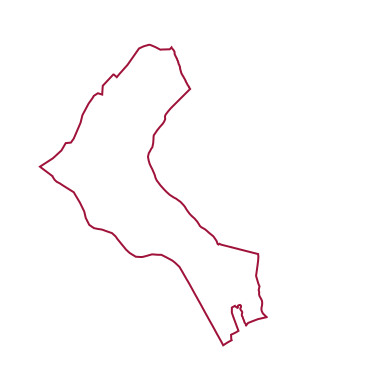 Barito Selatan, Kalimantan Tengah, Indonesia, rotated 309°
{"feature_id": "22746128B74191069780867", "entity_name": "Barito Selatan", "entity_type": "district", "adm_level": 2, "iso_a3": "IDN", "parent_name": "Indonesia", "parent_adm1": "Kalimantan Tengah", "projection": "albers", "projection_center": [115.007, -1.964], "detail": "fine", "context": "isolated", "style": "outline", "palette": "rose", "viewbox_px": 384, "rotation_deg": 309, "n_neighbors": 0, "source": "geoboundaries", "source_scale": "gbopen_adm2", "svg_char_len": 5312}
<svg xmlns="http://www.w3.org/2000/svg" viewBox="0 0 384 384"><g transform="rotate(309 192 192)"><path d="M156.0,307.6L156.6,307.1L157.0,306.6L157.4,306.0L157.6,305.6L157.8,305.5L161.2,303.8L162.0,302.1L162.9,300.7L167.1,294.6L174.9,289.9L177.2,288.5L180.4,286.5L183.5,284.3L185.4,282.4L184.9,281.4L169.7,248.4L169.5,247.9L169.3,247.4L169.0,245.9L167.8,245.6L167.8,244.5L169.4,241.9L170.1,239.6L170.7,237.6L171.0,236.3L171.0,231.1L171.2,227.4L171.2,225.6L170.7,222.6L170.5,221.4L170.6,219.4L171.2,218.0L171.7,216.4L172.2,215.0L172.4,213.9L173.0,210.7L173.2,206.5L173.6,203.7L174.4,200.6L175.1,198.3L175.8,196.5L176.3,194.8L176.7,192.2L177.1,189.3L177.0,187.9L176.8,183.8L176.3,181.5L175.8,176.7L175.8,176.0L175.9,174.3L176.0,172.4L176.4,168.9L176.7,166.9L177.3,163.3L177.9,160.9L178.8,157.3L180.1,154.6L181.5,152.8L182.9,150.3L183.8,148.5L184.7,146.8L185.7,144.5L187.2,141.4L189.2,138.5L191.7,135.6L195.0,134.0L197.1,133.7L200.0,133.1L201.9,133.0L203.8,132.0L205.7,131.0L207.4,129.8L209.4,128.4L210.7,127.4L212.0,126.6L215.1,126.4L218.1,126.1L222.7,126.1L226.0,126.3L227.2,126.3L229.4,126.0L231.8,125.3L233.7,123.4L235.7,122.8L240.3,122.7L243.7,122.8L246.6,123.1L251.3,123.6L270.9,125.7L271.0,125.3L271.2,124.8L271.3,124.3L271.5,124.0L271.5,123.8L271.7,123.7L271.8,123.5L271.9,123.3L272.0,122.8L272.2,122.2L272.3,121.8L272.4,121.4L272.5,121.0L272.6,120.9L272.8,120.5L273.0,120.1L273.2,119.8L273.2,119.6L273.3,119.3L273.4,118.9L273.6,118.5L273.8,118.1L274.0,117.8L274.0,117.6L274.2,117.4L274.3,117.3L274.3,117.1L274.4,116.9L274.5,116.7L274.7,116.4L274.8,116.2L274.9,115.9L275.1,115.6L275.2,115.3L275.3,115.0L275.3,114.9L275.4,114.7L275.6,114.2L275.8,113.5L275.9,113.3L276.1,113.0L276.3,112.6L276.4,112.4L276.4,112.1L276.5,111.9L276.5,111.5L276.6,111.3L276.8,111.0L276.9,110.8L277.0,110.7L277.2,110.2L277.2,109.9L277.3,109.7L277.5,109.3L277.5,109.2L277.8,108.8L277.9,108.6L278.0,108.4L278.2,108.2L278.3,108.0L278.4,107.8L278.6,107.7L278.7,107.4L278.9,107.2L279.0,107.0L279.3,106.6L279.5,106.4L279.6,106.2L279.8,106.0L279.9,105.9L280.0,105.6L280.2,105.3L280.4,105.2L280.5,105.1L280.6,104.9L280.8,104.7L281.1,104.5L281.2,104.4L281.4,104.2L281.5,104.0L281.7,103.7L281.9,103.6L282.0,103.3L282.0,103.2L282.2,102.9L282.5,102.5L282.6,102.3L282.7,102.1L282.8,101.9L282.8,101.7L282.9,101.4L283.1,101.1L283.2,100.9L283.4,100.7L283.5,100.5L283.6,100.4L283.8,100.2L284.1,99.6L284.4,99.4L284.6,99.1L284.7,98.9L284.8,98.8L284.9,98.7L285.0,98.5L285.1,98.1L285.2,97.9L285.2,97.7L285.3,97.6L285.4,97.4L285.6,97.2L285.8,96.9L286.0,96.7L286.1,96.4L286.1,96.2L286.3,96.0L286.3,95.9L287.5,93.2L288.4,91.5L289.9,90.3L290.1,89.8L290.4,89.1L290.6,88.6L290.9,87.0L291.2,85.6L291.5,85.1L288.9,84.9L283.4,78.5L282.7,77.9L281.6,72.4L280.0,66.9L279.3,65.9L274.7,62.7L270.2,60.5L250.1,61.9L237.8,61.3L233.9,61.3L234.0,59.8L234.1,57.4L233.8,56.9L218.4,55.8L214.4,58.6L211.2,60.9L209.5,56.7L204.9,55.2L202.5,55.6L195.7,56.0L182.7,58.5L180.6,59.5L175.7,61.8L169.7,63.5L159.1,66.5L154.2,66.8L150.5,63.1L142.1,64.4L130.7,62.7L116.0,57.9L116.0,59.8L116.1,62.2L116.5,73.4L116.4,73.4L115.0,77.6L114.8,80.4L115.5,83.8L115.8,87.1L117.4,100.3L117.2,100.8L116.2,103.4L114.6,107.8L113.1,111.8L109.7,119.1L109.0,120.6L105.0,125.7L101.8,132.8L102.2,138.5L104.0,142.0L106.0,145.4L106.2,145.9L106.4,146.4L107.4,149.3L109.3,154.6L109.7,155.6L109.4,160.6L108.5,163.7L105.7,177.1L105.6,178.8L105.4,181.9L105.8,185.3L106.1,187.2L106.3,189.0L106.8,189.7L109.0,192.8L110.2,194.3L112.9,196.3L114.4,197.4L116.6,198.9L118.4,200.2L119.4,201.6L121.6,204.8L123.9,207.7L124.0,208.2L124.5,210.4L125.3,214.3L125.8,216.9L126.3,219.7L126.4,222.6L126.4,223.3L125.9,229.4L123.5,235.8L121.8,240.1L121.3,241.5L120.7,242.9L120.2,244.4L118.9,247.8L113.8,260.3L113.5,261.1L111.4,266.3L110.3,269.1L107.2,276.6L102.9,287.2L100.9,292.3L97.3,301.0L96.2,303.8L95.4,305.7L94.2,308.8L92.5,312.7L93.1,312.9L97.4,314.3L101.8,316.1L102.3,315.2L105.6,312.2L106.4,312.5L108.1,313.4L111.1,314.7L112.5,315.2L113.3,315.5L113.5,315.2L121.1,302.4L122.5,300.2L123.3,298.9L127.3,295.7L130.5,297.0L130.3,297.5L130.3,297.9L130.4,298.3L130.5,299.9L130.6,300.3L130.9,300.4L131.2,300.3L131.5,300.1L131.8,299.8L132.2,299.4L132.4,299.3L132.7,299.3L132.9,299.4L134.0,300.0L134.4,300.3L134.5,300.7L134.5,301.1L134.4,301.6L134.2,301.9L133.8,302.2L133.4,302.5L133.0,302.6L132.4,302.7L132.0,302.8L131.6,303.0L131.4,303.2L131.3,303.5L131.1,304.0L130.9,304.6L130.7,305.3L130.7,305.5L130.6,306.1L130.2,306.7L129.9,306.9L129.0,307.4L128.5,307.6L127.8,308.1L127.4,308.5L127.1,308.9L127.0,309.1L127.0,309.3L127.0,309.5L126.9,309.7L126.7,310.2L126.5,310.4L126.2,310.7L126.0,311.0L125.8,311.4L125.5,312.0L125.1,312.7L124.8,313.3L124.5,313.8L124.0,314.3L123.6,315.2L123.5,315.5L123.4,315.9L123.3,316.4L123.2,316.8L123.0,317.2L122.8,317.5L122.5,317.8L122.3,317.9L122.3,318.0L125.4,318.0L125.5,318.0L129.4,320.2L129.8,320.4L130.8,321.0L134.9,323.4L135.0,323.5L139.3,326.9L139.6,327.1L141.7,328.8L141.8,328.8L141.8,328.2L141.9,327.2L142.0,325.9L142.1,324.8L142.2,323.9L142.3,323.4L142.5,322.9L142.8,322.3L143.2,321.5L143.6,320.8L143.9,320.4L144.3,320.0L144.8,319.5L145.3,319.2L145.9,318.8L146.9,318.3L148.2,317.6L149.0,317.1L149.9,316.4L150.9,315.5L151.3,315.0L151.9,314.1L152.1,313.6L152.7,312.3L153.5,310.2L154.1,309.3L154.4,308.8L155.0,308.3L155.8,307.7L156.0,307.6Z" fill="none" stroke="#9f1239" stroke-width="2"/></g></svg>